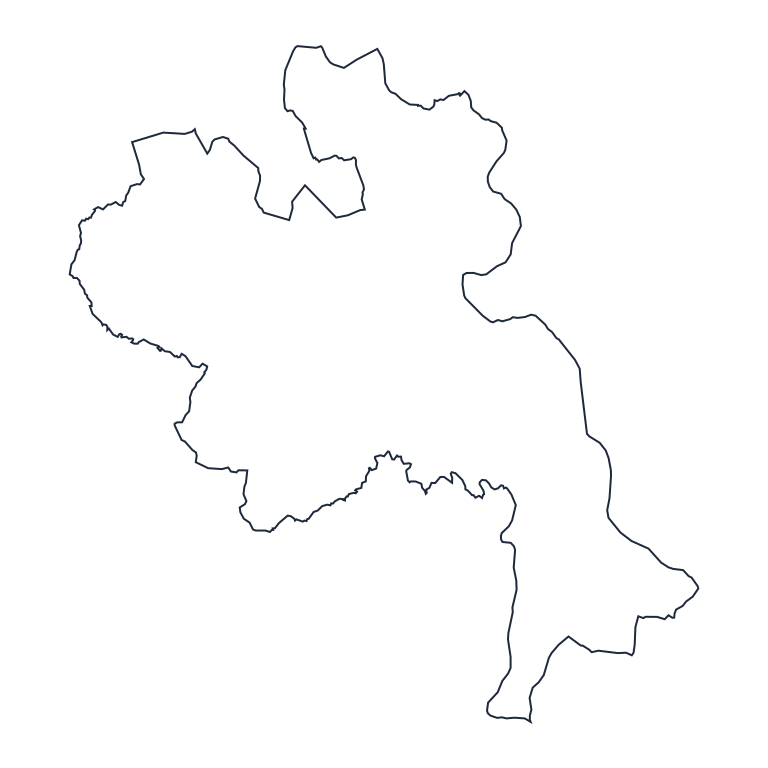 the district of Bale, Balé, Burkina Faso
{"feature_id": "67063806B68807156447803", "entity_name": "Bale", "entity_type": "district", "adm_level": 2, "iso_a3": "BFA", "parent_name": "Burkina Faso", "parent_adm1": "Balé", "projection": "equal_earth", "projection_center": [-3.151, 11.673], "detail": "fine", "context": "isolated", "style": "outline", "palette": "slate", "viewbox_px": 768, "rotation_deg": 0, "n_neighbors": 0, "source": "geoboundaries", "source_scale": "gbopen_adm2", "svg_char_len": 6058}
<svg xmlns="http://www.w3.org/2000/svg" viewBox="0 0 768 768"><path d="M464.4,91.1L460.1,95.7L459.6,95.2L460.2,93.7L459.0,93.1L457.4,94.2L448.9,95.8L443.5,100.0L440.4,99.4L437.2,101.1L434.6,100.2L434.3,104.6L433.3,106.7L429.4,109.6L423.5,108.5L420.8,105.7L418.0,105.8L418.0,104.9L409.8,104.5L401.1,99.2L395.5,93.8L391.1,92.2L389.2,90.4L385.3,83.3L383.8,64.3L382.5,58.2L377.3,48.9L356.8,59.6L343.9,67.9L333.3,64.4L330.0,62.3L325.8,56.4L322.3,47.9L320.9,46.2L316.2,47.8L297.5,46.1L295.3,47.5L293.0,51.5L285.3,70.2L283.8,84.7L284.5,89.6L284.0,99.6L284.9,108.0L287.5,111.2L290.2,110.4L292.8,111.0L295.6,116.1L302.1,122.5L305.1,127.6L305.6,128.6L303.9,128.6L304.4,130.5L311.0,152.8L313.6,158.3L315.3,157.6L316.2,159.6L317.2,159.4L319.1,161.9L321.4,160.0L329.5,158.3L334.7,155.6L336.4,155.8L338.9,158.4L341.6,158.0L344.2,160.3L351.0,159.2L353.4,157.4L355.0,157.9L356.0,160.3L355.9,164.9L356.9,168.3L363.3,185.3L364.0,189.3L362.5,192.5L362.9,194.1L361.7,199.4L364.8,209.6L360.2,210.1L347.8,215.3L336.2,217.6L305.0,185.3L292.1,201.7L292.6,208.0L289.2,220.1L263.7,212.6L262.0,208.9L259.2,207.0L255.1,198.6L260.0,180.9L260.1,175.7L258.4,171.4L258.2,168.0L243.4,155.5L234.3,145.6L229.4,141.6L228.2,138.7L222.8,137.0L214.5,139.5L212.3,141.8L209.9,149.9L207.3,153.6L195.8,133.5L194.8,129.2L192.0,131.7L184.8,133.9L163.3,132.6L132.1,142.1L139.1,164.7L140.8,174.2L144.0,179.0L140.1,184.4L137.0,184.1L130.6,186.2L128.2,192.7L126.2,195.5L125.2,201.1L123.3,202.0L122.1,205.7L119.2,204.9L115.7,202.0L111.1,204.5L108.0,204.5L103.0,209.4L98.1,207.1L94.1,209.4L95.0,210.0L94.9,211.1L91.9,214.9L91.0,217.7L89.4,217.5L88.1,219.2L86.1,218.7L85.0,220.7L82.1,220.3L78.9,225.2L81.0,233.0L80.1,236.1L81.2,240.6L80.8,243.8L79.8,245.2L79.2,249.2L77.8,249.7L76.7,251.9L74.6,260.2L71.4,264.3L69.7,274.4L72.7,276.2L73.5,278.0L76.8,277.9L79.5,280.7L79.8,284.0L84.2,289.8L84.9,293.6L87.1,295.3L87.3,297.6L91.4,302.4L91.7,306.0L89.8,306.0L92.6,313.9L101.3,322.2L102.6,325.3L103.4,324.4L106.2,324.9L107.4,326.8L107.3,330.1L108.9,328.6L113.1,334.5L117.7,336.9L119.4,334.1L120.8,333.8L122.1,334.9L121.2,336.3L121.5,337.4L126.5,336.8L128.9,338.8L131.9,338.4L133.2,339.2L133.1,340.2L131.3,342.3L134.4,343.7L137.7,343.7L138.8,342.1L143.7,339.5L150.3,343.5L158.6,346.0L159.3,347.0L157.5,347.9L160.1,350.9L160.9,350.7L161.4,348.3L164.8,351.2L170.0,352.0L174.8,356.5L176.9,356.0L177.6,357.3L179.7,357.2L181.7,353.8L185.5,356.2L192.3,366.0L199.1,367.3L202.6,363.7L207.2,366.4L206.3,369.9L204.3,372.3L204.8,373.3L200.7,379.5L196.6,383.1L195.6,386.4L192.2,390.5L189.8,397.7L190.4,402.1L189.1,411.3L185.6,415.1L182.1,422.3L177.4,422.3L174.7,423.6L174.6,425.3L181.6,440.0L184.9,441.5L192.3,449.9L196.0,452.5L196.7,455.7L195.8,462.2L208.2,468.2L221.8,469.1L228.2,467.5L230.9,471.5L236.4,472.4L238.4,470.3L247.3,470.4L245.9,482.9L244.4,486.6L243.5,494.2L246.4,501.1L244.9,504.2L239.7,507.5L240.4,512.4L243.8,518.7L249.6,522.6L253.0,529.5L255.7,530.5L265.4,530.5L269.9,532.0L271.8,530.0L273.2,529.9L272.7,528.4L275.0,528.2L278.8,523.2L287.7,515.6L290.8,516.2L294.4,518.8L295.0,520.6L296.4,519.4L302.8,521.6L304.4,520.6L306.5,521.1L307.3,519.0L308.7,518.8L313.6,512.0L317.8,510.5L322.2,506.1L327.1,504.7L330.5,505.3L331.2,503.4L333.1,503.5L334.6,501.5L339.3,498.8L343.1,499.1L343.2,500.0L345.0,500.5L344.9,498.6L346.9,496.3L347.8,496.5L349.0,494.0L354.1,492.8L355.8,493.3L357.1,491.7L355.2,490.3L356.0,489.4L361.3,487.9L362.1,482.9L365.8,481.4L366.0,476.3L369.4,470.7L368.9,468.3L369.8,467.8L371.8,470.1L376.1,468.6L377.4,463.1L374.9,458.2L375.1,456.8L380.4,455.3L384.1,456.3L387.9,451.5L389.1,451.8L392.2,459.3L394.1,459.5L397.0,455.5L398.2,456.7L401.0,456.6L401.5,460.0L403.7,463.8L409.6,463.3L411.0,464.2L409.8,467.5L406.6,470.0L406.2,471.3L407.9,480.5L409.6,482.3L410.8,481.4L415.7,481.5L421.4,483.8L422.1,487.7L424.9,491.0L425.8,493.8L426.7,492.9L426.2,489.7L429.4,487.8L431.5,482.9L435.3,483.0L440.3,477.0L444.0,476.9L452.1,482.8L452.2,477.7L450.7,473.9L451.7,472.2L455.5,473.2L462.3,479.9L465.3,486.2L465.4,489.3L468.0,490.7L472.1,495.2L473.5,495.1L475.4,497.7L479.1,495.8L482.1,498.0L483.0,494.9L484.1,494.3L483.5,490.8L479.5,484.0L479.8,482.2L482.0,479.9L485.9,480.3L489.0,483.4L491.2,487.3L494.5,489.4L497.9,488.4L501.1,485.3L503.1,485.8L503.9,488.4L506.0,487.6L507.0,488.3L511.4,494.5L515.8,505.1L512.1,520.4L508.9,526.2L501.8,533.0L500.9,535.9L501.1,539.5L502.5,542.0L510.7,542.8L513.9,546.2L515.1,549.9L513.7,567.5L516.3,580.8L516.6,589.7L512.4,607.6L512.8,612.1L508.4,632.9L508.0,639.5L510.6,656.9L510.6,667.9L508.1,673.5L502.3,681.0L497.7,692.3L488.1,702.6L487.0,710.7L487.9,713.3L490.5,715.6L497.2,717.9L501.8,717.3L506.5,718.4L514.2,717.7L524.7,718.4L530.6,721.9L529.8,719.7L529.9,715.3L531.4,709.7L529.6,697.9L532.7,687.6L538.7,682.3L543.8,675.0L548.9,657.8L551.6,653.0L558.6,644.8L568.5,636.5L580.7,645.5L582.7,645.6L589.3,649.8L591.6,652.2L598.4,650.7L617.8,653.1L626.0,652.7L631.8,655.3L633.5,652.9L634.7,644.7L635.4,627.1L638.3,616.3L643.4,618.1L645.5,616.8L657.2,616.9L664.7,619.2L668.5,615.3L672.5,617.8L674.2,617.6L674.6,613.3L676.1,609.6L682.7,605.9L686.1,601.5L692.8,596.6L698.3,588.5L697.7,586.2L691.6,577.6L688.5,576.0L683.1,570.1L673.2,568.9L668.4,567.3L661.1,562.6L648.5,548.6L631.5,541.0L620.4,532.5L608.5,517.8L607.2,510.3L609.5,498.2L611.0,476.2L610.9,470.3L608.6,458.1L605.8,450.6L599.7,442.8L589.5,436.5L587.0,433.9L580.7,382.1L579.7,368.7L575.0,359.9L558.8,339.4L556.4,338.1L552.1,332.1L547.9,328.9L545.2,324.5L535.6,315.7L531.0,314.7L525.1,317.0L517.7,317.9L512.8,317.2L510.2,319.1L502.4,321.3L498.0,320.0L493.0,322.3L490.4,321.5L482.8,315.8L465.4,298.2L464.2,295.6L462.5,284.5L463.1,275.0L466.5,273.0L473.5,272.9L481.3,275.1L486.3,274.3L497.0,266.2L505.6,262.3L510.7,254.3L512.1,243.1L520.9,226.1L519.8,217.1L516.3,209.6L511.2,203.5L504.6,199.1L501.2,193.8L493.1,191.5L489.7,187.0L487.9,181.8L487.7,176.9L489.1,172.8L496.5,161.3L503.9,152.9L505.3,149.8L506.6,140.6L502.1,130.1L501.9,127.8L496.6,122.7L490.9,121.2L488.6,119.5L485.4,119.7L482.0,118.1L479.0,114.3L473.4,110.3L471.2,107.3L470.8,101.0L468.5,94.9L464.4,91.1Z" fill="none" stroke="#1e293b" stroke-width="2"/></svg>